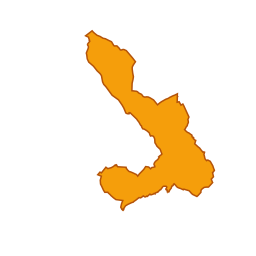 outline of Bungudu, Zamfara, Nigeria, rotated 139°
{"feature_id": "59680162B44112457363104", "entity_name": "Bungudu", "entity_type": "district", "adm_level": 2, "iso_a3": "NGA", "parent_name": "Nigeria", "parent_adm1": "Zamfara", "projection": "orthographic", "projection_center": [6.612, 12.009], "detail": "fine", "context": "isolated", "style": "filled", "palette": "amber", "viewbox_px": 256, "rotation_deg": 139, "n_neighbors": 0, "source": "geoboundaries", "source_scale": "gbopen_adm2", "svg_char_len": 5127}
<svg xmlns="http://www.w3.org/2000/svg" viewBox="0 0 256 256"><g transform="rotate(139 128 128)"><path d="M87.8,48.9L88.8,51.5L90.1,51.8L90.1,54.3L89.3,55.7L88.7,56.8L88.1,58.2L86.1,59.5L86.5,60.3L87.3,60.5L87.3,63.1L87.1,65.9L87.5,67.9L87.7,69.8L88.0,72.3L85.0,74.2L85.5,75.2L85.6,77.2L85.2,77.3L84.9,77.4L84.8,77.7L84.8,78.0L85.1,78.1L85.2,78.7L85.4,79.0L85.2,79.5L85.0,80.1L84.5,80.5L84.5,81.1L84.9,82.3L85.2,84.0L85.4,84.6L86.0,85.7L86.1,86.5L86.1,87.0L86.3,87.7L86.3,89.7L85.0,89.9L84.1,90.4L83.0,90.7L82.0,90.8L81.3,91.2L80.4,91.9L79.1,92.4L78.6,92.8L77.8,94.0L77.4,95.0L74.8,96.3L71.3,108.2L70.9,110.1L73.0,110.5L72.2,114.3L74.0,115.2L71.0,118.4L70.7,118.8L70.6,119.0L70.3,119.2L70.0,119.1L69.8,119.2L69.8,119.3L69.8,119.5L69.7,119.8L69.6,120.1L69.2,120.5L68.3,121.4L69.8,121.8L70.5,122.0L71.5,122.2L72.3,122.6L74.4,123.2L75.3,123.4L76.6,123.8L78.0,123.9L80.6,124.9L85.6,125.9L87.7,126.1L90.5,126.1L90.3,132.4L91.6,136.4L92.5,138.3L93.8,139.5L95.1,140.3L95.9,141.9L95.7,144.5L97.0,147.6L97.0,148.8L97.4,150.0L100.6,153.6L95.6,159.0L92.6,161.2L90.3,163.1L88.5,166.2L86.1,169.8L84.8,171.2L82.9,172.0L80.9,172.6L78.9,173.1L78.6,177.8L78.5,187.5L79.6,189.9L80.3,190.6L81.6,191.1L82.3,191.6L82.6,192.3L82.3,193.8L82.5,197.2L83.5,198.1L84.2,198.6L84.6,199.3L84.5,200.4L83.9,203.6L84.0,204.3L85.2,207.0L86.5,210.2L88.0,212.2L89.0,215.4L90.5,218.2L91.1,221.5L91.3,223.3L91.3,224.9L99.5,225.4L98.8,223.7L98.3,222.7L98.3,222.2L98.6,221.7L98.9,221.1L99.1,220.1L99.3,219.9L99.6,219.9L99.8,219.6L99.7,219.2L99.9,219.0L99.9,218.8L99.9,218.6L100.1,218.5L100.6,218.4L101.2,218.3L101.8,218.2L102.4,218.1L103.1,217.9L103.5,217.8L103.9,217.4L104.1,217.0L104.2,216.0L104.7,215.1L105.7,214.3L110.3,211.9L111.2,210.2L113.4,206.9L114.4,203.5L113.5,197.3L113.8,191.3L113.4,187.3L113.7,184.9L116.9,179.5L117.7,176.8L117.6,173.6L118.5,163.1L116.7,155.5L117.4,149.2L118.1,145.7L119.8,140.7L119.2,139.3L117.9,138.0L117.6,138.1L117.6,138.3L117.6,138.5L117.4,138.8L117.2,138.9L116.9,138.6L116.4,138.2L115.6,129.0L115.8,127.6L115.9,125.3L116.5,122.6L116.6,122.1L116.6,121.7L116.6,121.4L116.4,120.9L116.7,120.4L117.0,119.8L117.4,117.7L116.5,116.5L115.6,113.7L115.1,110.5L116.0,108.3L116.3,107.2L115.1,106.5L114.4,105.5L114.4,103.9L115.2,102.0L117.4,99.1L117.5,97.9L118.1,95.2L117.7,90.8L118.4,89.0L119.5,86.1L120.9,86.0L122.5,86.2L123.7,86.1L123.5,85.5L125.6,84.8L126.3,84.7L129.3,84.8L129.5,84.7L129.9,84.6L130.5,84.5L130.7,84.4L130.8,84.4L131.0,84.3L131.1,84.2L131.3,84.1L131.5,84.1L132.1,83.6L132.4,83.3L132.6,82.4L132.8,81.7L133.2,81.1L135.0,81.9L135.7,82.5L136.5,82.5L137.0,82.5L137.7,82.4L137.9,84.1L138.0,85.0L138.6,85.7L139.2,86.4L139.6,86.9L140.0,87.3L143.3,86.4L145.6,86.2L149.3,85.9L149.6,85.9L149.9,85.8L150.0,85.8L150.1,85.7L150.3,85.7L150.5,85.6L152.2,85.3L152.1,85.8L151.9,86.0L152.1,86.5L152.2,86.8L152.3,87.8L153.0,89.1L153.3,90.0L154.6,92.7L155.7,94.5L155.9,96.5L155.7,98.8L155.2,99.6L161.2,105.5L161.2,106.8L161.2,107.2L160.9,107.3L160.9,107.8L161.9,107.8L161.9,108.5L163.2,108.5L163.6,108.5L164.7,108.6L166.8,109.1L169.9,110.6L170.4,112.9L177.5,111.6L178.1,113.1L181.5,112.6L179.7,109.1L183.2,106.8L185.5,103.7L186.2,100.9L187.3,97.2L187.7,94.7L185.4,92.7L185.5,91.7L185.2,89.6L185.2,88.1L185.0,86.9L184.8,85.2L184.4,83.2L184.2,82.5L184.1,81.9L179.5,76.7L182.5,75.1L185.4,73.0L186.0,70.6L185.8,69.1L184.8,69.2L184.8,70.1L183.2,70.1L182.7,70.4L181.0,70.9L178.1,70.4L174.0,69.2L172.7,68.6L171.7,68.7L169.3,68.4L166.4,68.3L166.2,68.3L165.4,68.3L165.2,68.1L164.8,67.6L164.7,67.4L164.6,67.2L164.2,67.2L163.6,66.8L161.0,66.7L160.6,65.3L160.4,64.8L159.6,64.4L158.5,64.3L158.3,63.7L154.8,63.7L154.7,63.2L154.6,62.5L152.5,61.6L152.0,61.5L151.6,61.4L151.4,61.5L151.3,61.4L151.1,61.3L151.0,61.2L151.0,60.9L150.9,60.6L150.7,60.8L150.4,60.8L150.3,61.0L150.1,61.0L150.0,60.9L149.9,60.9L149.7,60.8L149.4,60.8L149.2,60.8L148.9,60.7L148.6,60.4L147.9,60.2L147.8,60.3L147.4,60.3L147.3,60.1L147.0,60.0L146.9,60.1L146.6,60.1L146.4,60.2L145.9,60.2L145.2,60.3L144.7,60.4L144.5,60.2L144.3,60.1L143.9,60.1L143.7,60.0L143.1,60.2L142.8,60.3L142.3,60.4L141.8,60.5L141.4,60.5L140.8,60.8L139.5,60.8L138.3,59.8L138.0,59.5L137.6,59.2L137.4,58.8L137.4,58.3L137.4,58.0L138.0,57.6L138.9,57.3L139.5,57.1L139.6,56.8L139.7,56.6L139.5,56.4L139.4,56.2L139.5,56.0L139.5,55.8L139.4,55.7L139.2,55.6L139.3,55.4L139.5,55.2L139.6,54.8L139.8,54.5L139.9,54.4L139.6,54.3L139.5,54.2L139.5,53.9L139.9,53.8L139.9,53.6L140.0,53.4L139.9,53.4L139.7,53.4L139.4,53.4L139.4,53.5L139.2,53.4L139.1,53.2L139.0,53.3L138.9,53.4L138.7,53.3L138.5,53.2L138.3,53.3L136.9,53.9L135.8,54.1L135.0,54.2L134.6,54.4L134.3,54.6L134.0,54.8L132.9,55.4L132.6,55.2L132.3,55.0L131.8,55.1L131.2,55.2L131.0,55.5L130.5,55.7L130.4,55.6L129.8,55.6L129.7,54.3L129.6,53.5L129.6,53.3L129.7,52.9L129.7,52.6L129.7,51.8L129.6,50.8L129.2,49.9L128.9,49.3L127.9,47.6L126.8,45.1L126.0,45.2L125.8,44.9L123.0,40.5L123.0,36.8L122.7,35.2L120.9,31.1L119.4,31.1L115.2,31.6L114.6,32.3L113.5,33.2L112.0,33.4L109.5,33.2L107.9,32.2L106.0,30.6L99.9,31.3L99.8,31.8L98.7,34.8L95.5,35.1L93.4,38.9L92.8,38.8L92.2,39.0L91.5,39.2L91.1,39.1L90.5,39.4L90.2,40.5L88.8,43.9L87.8,48.9Z" fill="#f59e0b" stroke="#b45309" stroke-width="1.5"/></g></svg>